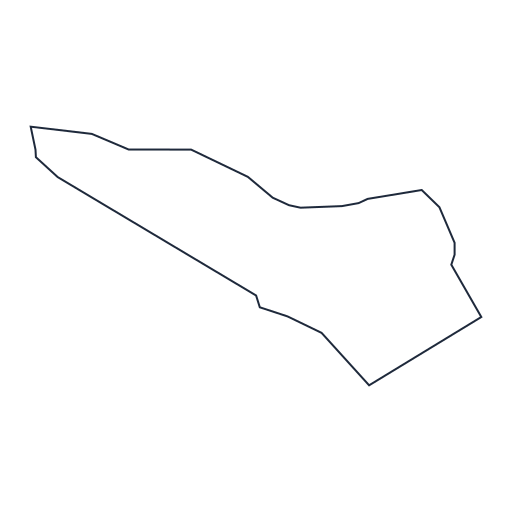 map outline of Race-Fram (Mercator projection)
{"feature_id": "SVN-979", "entity_name": "Race-Fram", "entity_type": "Municipality", "adm_level": 1, "iso_a3": "SVN", "parent_name": "Slovenia", "parent_adm1": "", "projection": "mercator", "projection_center": [15.652, 46.446], "detail": "fine", "context": "isolated", "style": "outline", "palette": "slate", "viewbox_px": 512, "rotation_deg": 0, "n_neighbors": 0, "source": "natural_earth", "source_scale": "10m", "svg_char_len": 434}
<svg xmlns="http://www.w3.org/2000/svg" viewBox="0 0 512 512"><path d="M421.7,190.0L439.4,207.2L454.6,242.8L454.6,254.7L451.3,264.7L481.3,317.0L369.1,385.3L321.6,332.9L287.5,316.4L259.8,307.3L256.1,295.5L57.7,177.1L35.9,157.2L35.5,149.7L30.7,126.7L91.8,133.9L128.6,149.5L191.1,149.6L247.9,176.9L272.7,197.7L289.0,205.2L300.5,207.7L342.0,206.1L358.6,203.1L367.6,198.9L421.7,190.0Z" fill="none" stroke="#1e293b" stroke-width="2"/></svg>